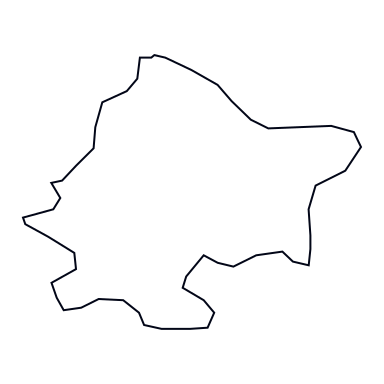 Svalöv, Skåne, Sweden (Robinson projection)
{"feature_id": "70781695B22737117685830", "entity_name": "Svalöv", "entity_type": "district", "adm_level": 2, "iso_a3": "SWE", "parent_name": "Sweden", "parent_adm1": "Skåne", "projection": "robinson", "projection_center": [13.144, 55.989], "detail": "fine", "context": "isolated", "style": "outline", "palette": "ink", "viewbox_px": 384, "rotation_deg": 0, "n_neighbors": 0, "source": "geoboundaries", "source_scale": "gbopen_adm2", "svg_char_len": 773}
<svg xmlns="http://www.w3.org/2000/svg" viewBox="0 0 384 384"><path d="M23.0,217.6L25.3,224.2L48.1,236.7L74.3,252.9L76.0,269.1L51.5,282.8L56.7,297.7L63.7,310.2L81.2,307.7L98.7,299.0L123.2,300.2L139.0,312.7L144.1,325.0L161.7,328.9L189.7,328.9L207.6,327.7L214.2,312.7L203.7,300.2L182.7,287.8L186.2,276.5L203.7,255.3L217.7,262.8L233.4,266.6L256.2,255.3L282.4,251.6L292.9,261.6L308.7,265.3L310.4,249.1L310.4,235.4L308.6,209.3L315.6,185.6L345.3,170.7L361.0,147.0L357.7,140.2L353.9,132.1L331.2,125.9L268.3,128.4L250.8,119.7L231.6,101.1L217.6,84.9L191.4,70.0L165.2,57.6L154.3,55.1L151.3,57.6L139.9,57.6L137.3,78.7L126.8,91.1L102.3,102.3L95.3,127.2L93.6,148.3L76.1,165.7L62.1,180.6L51.3,182.9L60.3,198.0L53.3,209.3L23.0,217.6Z" fill="none" stroke="#020617" stroke-width="2"/></svg>